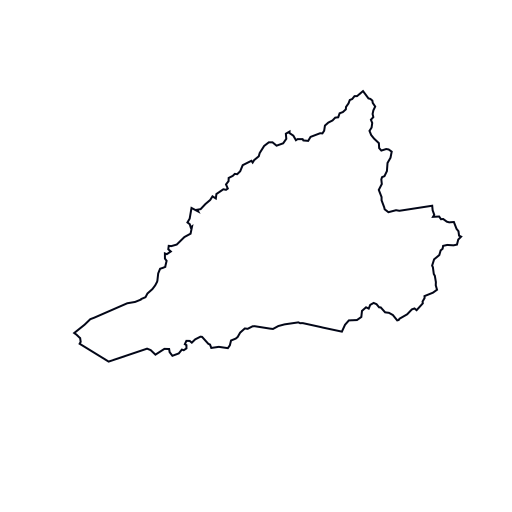 Yauco, Puerto Rico, rotated 68°
{"feature_id": "32010507B94179162407819", "entity_name": "Yauco", "entity_type": "district", "adm_level": 2, "iso_a3": "PRI", "parent_name": "Puerto Rico", "parent_adm1": "", "projection": "mercator", "projection_center": [-66.863, 18.063], "detail": "fine", "context": "isolated", "style": "outline", "palette": "ink", "viewbox_px": 512, "rotation_deg": 68, "n_neighbors": 0, "source": "geoboundaries", "source_scale": "gbopen_adm2", "svg_char_len": 2987}
<svg xmlns="http://www.w3.org/2000/svg" viewBox="0 0 512 512"><g transform="rotate(68 256 256)"><path d="M143.2,95.0L145.6,102.4L144.7,104.8L146.5,108.0L146.5,110.6L149.2,113.1L151.5,116.7L153.7,117.8L155.1,121.6L155.0,125.0L158.2,127.8L157.4,130.7L159.0,134.3L159.4,139.0L160.9,143.2L165.4,145.9L167.2,148.5L166.2,150.6L166.0,160.8L168.8,164.5L166.6,168.8L165.1,169.0L163.2,173.7L163.6,175.6L158.4,176.3L154.6,178.9L153.2,178.3L153.8,182.5L154.7,182.8L158.7,184.0L161.7,188.6L161.4,195.6L156.8,198.1L155.4,201.5L157.0,207.2L161.9,214.0L164.6,216.1L166.4,221.8L168.1,224.1L166.0,224.6L166.8,234.3L171.5,238.9L173.1,242.8L171.9,244.9L173.0,247.5L173.4,252.1L176.3,253.4L178.4,257.0L182.9,256.9L183.4,259.0L181.9,261.3L183.7,269.5L187.6,271.7L184.4,274.0L186.9,277.5L188.8,283.3L191.8,289.8L191.1,293.1L193.1,292.9L187.3,297.8L196.5,303.5L199.2,307.0L201.7,305.5L205.0,305.8L204.6,304.2L210.8,308.3L211.6,315.3L215.7,325.2L215.1,330.9L213.9,333.1L216.9,334.8L219.9,333.3L220.9,338.0L219.5,339.5L224.3,341.4L227.0,340.7L230.8,343.4L232.1,344.2L232.1,346.8L231.9,349.7L235.5,353.2L241.8,356.6L242.9,357.4L245.5,360.5L247.9,364.5L250.1,370.7L252.8,373.9L252.9,378.6L253.3,379.1L253.3,385.3L251.6,393.1L252.6,429.2L252.5,433.3L255.5,440.7L259.3,453.4L261.7,451.9L265.5,450.2L266.2,449.8L269.9,450.7L271.3,452.4L298.7,432.2L300.9,395.2L301.1,391.7L303.8,388.9L309.8,386.2L307.8,375.7L309.7,371.4L312.8,372.1L317.2,370.9L317.4,364.1L315.0,359.8L316.3,358.3L315.6,355.1L312.6,353.9L311.1,355.0L308.6,352.3L309.9,349.3L312.3,348.0L310.5,343.6L310.0,337.7L310.8,336.3L319.6,333.1L320.9,331.8L324.5,331.9L326.3,324.5L330.9,316.6L329.0,313.7L325.0,310.8L325.0,305.7L324.2,303.3L321.1,299.4L319.0,293.5L320.4,291.0L319.9,285.5L320.6,283.5L328.7,270.0L330.0,267.6L329.3,261.5L330.1,255.1L333.4,241.6L334.8,240.3L335.8,237.7L338.6,233.6L346.2,222.5L347.3,221.0L358.3,204.7L353.1,199.2L350.5,194.0L353.2,186.4L352.0,181.2L346.6,178.3L344.8,173.2L347.0,171.2L344.1,168.4L343.6,164.5L345.8,162.3L349.7,161.1L350.4,159.6L356.6,157.4L358.5,154.0L362.0,151.2L368.6,149.2L368.8,147.7L367.9,146.4L366.7,137.7L363.9,131.5L364.0,128.7L366.4,127.4L362.4,119.1L360.6,118.6L358.1,115.4L356.3,114.8L356.3,105.7L355.1,100.8L350.5,100.3L347.6,99.0L341.3,97.6L339.3,97.9L332.7,96.2L330.9,96.3L325.8,92.1L323.8,85.7L320.0,82.7L319.2,80.3L316.7,78.7L317.4,74.5L320.1,68.9L320.7,65.4L316.5,62.3L314.9,58.6L313.2,60.1L308.9,59.0L306.0,59.9L298.6,59.8L297.2,64.2L295.7,66.2L291.8,68.6L291.2,70.7L288.0,71.4L286.0,77.2L284.5,75.3L279.8,75.1L275.4,73.8L267.8,106.1L266.0,109.0L265.0,116.8L260.9,119.2L258.9,118.9L251.4,118.7L248.4,117.5L240.7,117.4L236.4,112.4L231.9,111.1L230.1,109.6L230.1,107.0L226.3,102.8L219.0,99.2L215.3,94.5L210.1,91.1L206.9,93.1L205.6,95.2L205.2,100.3L202.1,101.4L197.4,99.8L191.3,102.6L187.0,103.9L182.5,103.9L180.2,100.7L176.2,98.4L172.7,98.4L171.2,95.2L168.0,94.7L164.9,92.6L162.1,89.5L157.8,90.4L155.5,89.9L153.2,91.1L152.0,92.7L143.2,95.0Z" fill="none" stroke="#020617" stroke-width="2"/></g></svg>